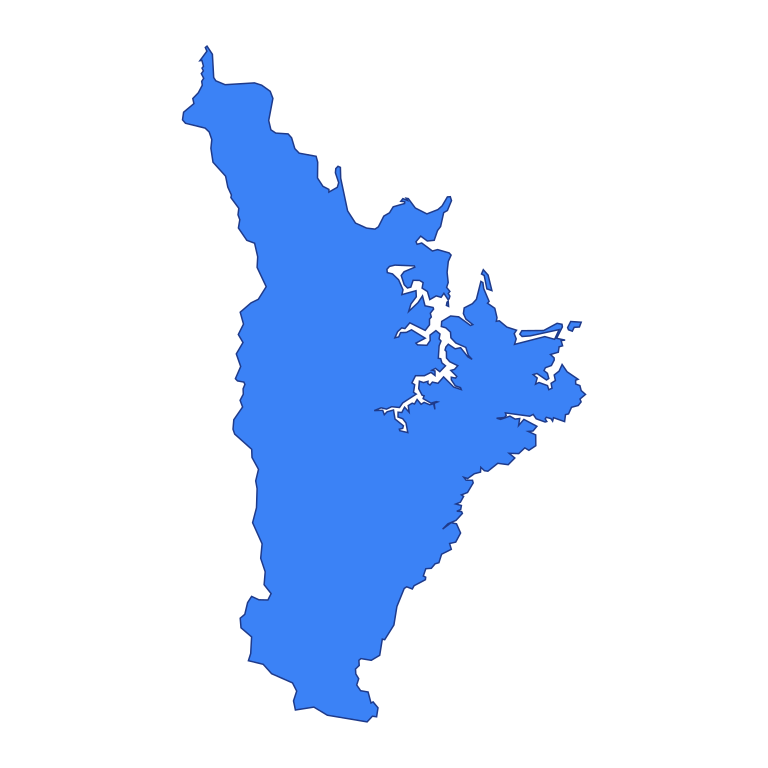 outline of Hornsby, New South Wales, Australia
{"feature_id": "25037944B15233431502175", "entity_name": "Hornsby", "entity_type": "district", "adm_level": 2, "iso_a3": "AUS", "parent_name": "Australia", "parent_adm1": "New South Wales", "projection": "robinson", "projection_center": [151.145, -33.572], "detail": "fine", "context": "isolated", "style": "filled", "palette": "blue", "viewbox_px": 768, "rotation_deg": 0, "n_neighbors": 0, "source": "geoboundaries", "source_scale": "gbopen_adm2", "svg_char_len": 6112}
<svg xmlns="http://www.w3.org/2000/svg" viewBox="0 0 768 768"><path d="M207.0,46.1L205.3,47.5L206.9,51.2L199.9,60.7L201.9,60.4L203.5,66.3L202.0,68.1L203.4,70.9L201.3,73.6L203.7,78.3L201.7,81.3L202.3,85.2L198.3,92.8L192.8,98.5L193.9,103.6L183.6,112.2L182.5,119.8L185.5,123.3L205.1,128.1L209.2,132.0L211.8,139.6L210.9,148.3L213.0,162.2L225.6,176.2L227.8,187.1L231.4,195.0L230.9,197.6L238.8,208.3L238.0,214.8L239.8,219.7L238.4,228.0L246.8,240.3L254.6,243.2L257.7,256.8L257.1,267.4L266.2,286.7L258.3,299.3L251.0,302.9L240.2,312.2L243.5,324.1L238.3,334.5L243.0,342.5L236.3,353.9L240.7,366.5L235.4,378.7L237.5,380.9L243.9,382.1L244.9,384.4L243.1,388.8L243.3,394.2L240.1,400.3L242.6,407.0L233.8,419.7L233.0,429.2L234.7,434.1L251.7,449.3L252.0,457.5L258.5,469.3L255.7,480.9L257.1,488.6L256.5,507.7L252.6,522.7L262.1,543.8L260.7,558.3L265.2,571.8L264.1,584.7L271.1,593.6L267.9,600.0L258.9,599.8L251.6,596.4L247.6,602.6L244.8,614.3L240.2,618.2L241.0,627.8L251.6,636.9L250.7,653.5L248.4,660.7L263.2,664.3L271.6,673.7L292.5,682.9L296.7,691.1L293.5,700.9L295.4,710.0L313.9,707.1L327.3,715.2L367.1,721.9L372.4,716.2L376.6,716.8L378.0,707.8L373.1,701.9L371.0,703.0L368.1,692.0L360.6,690.7L356.7,685.0L358.7,678.7L355.8,673.9L355.5,669.0L359.2,665.5L358.9,660.3L360.9,658.6L371.3,660.3L379.7,655.3L382.3,639.1L384.7,639.7L393.9,625.0L396.9,606.5L404.2,588.5L406.7,586.8L412.3,589.0L414.1,585.7L425.4,579.7L425.7,577.2L423.3,576.0L425.8,568.7L431.3,568.3L435.1,563.8L438.9,562.7L441.6,554.2L451.3,549.3L449.6,543.5L455.7,542.1L460.6,533.0L456.5,523.8L451.1,522.7L442.6,529.1L447.9,523.8L456.0,520.4L462.4,513.4L461.6,511.6L456.8,511.2L460.7,509.5L461.4,505.5L455.8,504.0L460.4,502.2L463.6,496.4L461.4,494.9L467.5,492.5L473.2,482.9L472.5,480.3L466.1,480.2L463.8,477.3L467.7,478.5L474.4,473.7L480.5,472.1L480.8,467.3L484.4,470.7L487.9,471.2L497.8,463.3L508.2,464.7L514.8,458.0L509.1,453.3L518.7,453.6L524.8,447.9L528.9,450.3L535.8,445.7L535.7,434.9L528.2,431.4L533.0,431.0L536.9,426.3L523.9,419.4L518.6,425.5L519.7,418.5L515.1,419.1L509.9,416.1L500.6,419.4L496.6,418.2L504.5,417.5L506.2,415.4L505.4,412.9L529.7,416.2L533.2,414.4L536.2,418.8L545.1,422.0L546.8,421.5L545.2,418.9L546.3,417.3L550.9,418.6L552.6,421.1L553.5,417.7L564.6,421.6L565.5,414.6L568.5,413.9L571.5,407.3L578.2,405.5L581.1,401.9L580.0,399.0L585.5,394.4L581.2,390.6L579.9,385.6L575.7,384.0L575.6,380.2L578.1,379.3L567.1,371.8L562.1,364.5L559.1,371.1L554.2,375.0L555.4,380.5L551.1,383.3L552.0,388.2L548.8,389.7L547.5,385.6L539.0,382.5L535.5,384.2L537.2,378.0L533.1,374.6L537.0,373.5L546.5,380.0L548.8,378.5L547.4,373.3L544.0,370.6L545.4,367.7L551.4,365.5L554.2,360.1L554.1,357.9L550.5,354.5L558.3,352.2L559.1,346.8L562.6,345.8L561.1,340.6L565.1,340.1L556.6,338.3L562.4,326.9L562.0,324.3L557.1,323.3L543.7,330.5L521.9,330.7L519.8,334.1L522.1,336.5L530.1,335.9L559.1,329.6L554.6,339.3L544.8,336.6L514.5,344.4L516.2,338.9L514.2,333.6L516.5,330.2L506.9,327.1L499.3,320.8L496.3,321.3L497.0,317.7L494.8,308.3L487.5,303.2L489.1,301.4L483.7,288.6L482.9,282.6L480.9,281.4L476.4,299.3L472.4,303.7L464.2,307.9L463.4,313.6L465.9,319.1L472.8,324.6L470.5,325.5L458.7,316.8L450.6,316.0L441.7,321.4L441.3,326.5L445.8,327.8L450.5,332.1L450.9,337.8L455.8,343.0L465.8,347.4L468.4,355.4L472.1,359.4L467.8,356.8L460.6,347.7L455.1,348.8L448.3,344.2L445.9,347.0L445.0,350.1L446.4,351.5L446.5,358.0L449.7,361.7L457.8,365.7L454.5,369.4L450.8,370.4L456.8,376.4L455.6,378.1L451.3,377.2L451.3,379.8L455.3,385.8L460.5,387.6L461.3,389.6L453.7,387.1L443.6,376.9L438.0,383.3L432.4,382.1L430.0,385.0L427.8,383.5L428.0,381.3L423.5,382.6L419.4,381.2L418.7,388.7L422.1,395.2L424.1,395.8L423.1,398.6L431.0,403.1L436.4,401.6L437.7,401.9L434.2,403.3L434.9,409.4L433.6,403.7L429.8,404.8L424.1,402.4L421.1,404.3L417.1,399.5L414.5,404.0L412.2,403.2L408.2,405.6L409.1,412.2L404.6,407.2L401.8,412.5L398.1,412.2L398.0,417.0L402.7,418.7L406.0,423.0L407.8,432.6L399.8,430.7L399.3,429.2L402.7,428.4L403.4,425.8L395.0,419.0L393.5,410.0L387.1,411.8L384.3,414.7L382.7,410.3L374.2,410.6L381.1,407.8L386.5,409.1L391.7,406.7L399.5,407.5L402.7,402.9L416.2,394.1L413.5,392.3L414.7,384.7L411.9,382.9L415.5,375.7L424.4,375.7L431.0,372.4L435.0,375.5L435.0,371.0L431.9,370.2L435.5,368.4L439.8,371.7L445.5,365.8L441.9,362.9L440.7,358.7L438.3,358.3L439.1,345.8L441.0,341.0L439.1,338.9L440.0,334.0L435.9,330.6L430.0,335.1L430.2,340.5L426.9,345.3L417.6,344.9L415.9,343.1L425.2,338.2L411.5,329.8L406.4,332.4L400.6,332.6L398.7,336.9L394.9,337.8L397.6,331.7L401.7,327.9L404.9,328.6L409.8,322.8L425.2,330.4L429.5,324.8L429.5,319.1L431.3,317.0L430.3,313.2L433.6,309.1L433.1,307.5L425.0,305.8L422.5,295.9L418.0,302.7L408.7,311.4L410.9,304.0L416.3,296.8L416.0,290.7L401.9,294.6L403.0,289.8L398.6,279.8L392.5,273.9L387.3,272.6L386.9,269.3L389.5,266.4L395.0,265.1L414.3,265.9L414.8,267.2L404.1,271.7L401.2,275.5L404.2,284.7L407.5,288.0L410.8,287.1L413.1,280.3L419.6,280.4L423.1,282.6L422.1,288.1L427.4,291.5L429.8,299.6L436.2,295.9L441.1,297.3L443.9,293.3L448.1,299.7L449.1,298.8L449.9,296.1L448.2,293.5L449.9,291.4L446.6,287.4L448.2,282.6L447.1,272.3L448.3,261.4L451.1,255.1L449.1,252.9L437.6,249.6L432.4,251.0L421.7,243.0L417.1,244.3L416.0,241.7L420.7,236.1L427.3,241.0L434.2,240.3L437.5,230.6L440.6,226.5L443.7,212.6L447.4,210.5L451.5,200.6L450.3,196.7L447.4,196.9L442.1,205.9L437.9,209.6L426.9,213.9L415.3,208.0L408.3,198.6L406.1,198.2L407.4,200.4L402.9,198.6L400.8,201.3L404.7,201.7L404.6,203.5L393.2,206.8L389.5,212.8L383.8,216.1L378.4,226.8L375.0,229.1L366.6,228.1L355.5,223.1L347.6,210.9L340.7,178.2L340.4,167.4L338.0,166.3L335.8,168.6L335.4,172.8L338.7,182.7L337.3,187.3L328.9,192.1L328.9,189.4L322.9,186.3L317.5,178.0L317.7,162.2L316.1,156.3L299.2,153.2L294.8,148.6L291.6,137.8L288.1,133.9L275.8,133.1L270.9,129.8L268.7,120.5L272.9,98.4L270.2,91.3L261.7,85.2L254.5,82.9L225.1,84.7L215.8,80.8L213.7,77.5L212.4,54.3L207.0,46.1ZM484.2,275.5L486.9,288.9L491.9,290.6L488.1,275.1L483.3,269.7L481.5,274.0L484.2,275.5ZM567.6,327.6L568.5,329.8L572.3,331.2L574.2,327.3L579.4,327.0L581.2,322.2L570.7,321.5L567.6,327.6ZM446.4,305.4L448.6,306.4L448.2,301.2L447.0,302.2L446.4,305.4Z" fill="#3b82f6" stroke="#1e3a8a" stroke-width="1.5"/></svg>